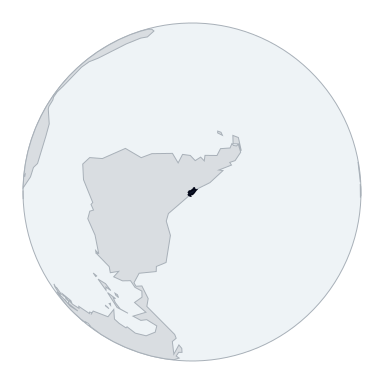 the Earth from above Coquimbo, rotated 224°
{"feature_id": "CHL-2697", "entity_name": "Coquimbo", "entity_type": "Region", "adm_level": 1, "iso_a3": "CHL", "parent_name": "Chile", "parent_adm1": "", "projection": "orthographic", "projection_center": [-70.868, -30.645], "detail": "fine", "context": "on_globe", "style": "filled", "palette": "ink", "viewbox_px": 384, "rotation_deg": 224, "n_neighbors": 0, "source": "natural_earth", "source_scale": "10m", "svg_char_len": 4711}
<svg xmlns="http://www.w3.org/2000/svg" viewBox="0 0 384 384"><g transform="rotate(224 192 192)"><circle cx="192" cy="192" r="169" fill="#eef3f6" stroke="#a8b0b8"/><path d="M158.1,26.5L158.5,26.4L172.9,24.5L172.3,25.0L175.4,25.4L178.2,24.7L176.8,24.2L182.8,23.5L180.4,23.4L181.0,23.4L194.3,23.1L197.0,23.1L199.1,23.2L202.8,23.4L206.8,23.9L218.3,25.8L219.2,26.2L212.3,26.2L200.4,25.3L191.5,27.1L203.2,26.0L205.0,27.8L207.8,28.3L211.1,28.5L212.7,27.9L214.6,28.8L203.7,29.7L201.9,28.9L205.3,28.5L199.8,28.3L192.5,29.8L194.0,31.1L181.4,33.3L182.3,34.4L180.1,35.8L179.5,33.7L180.4,37.7L165.8,43.9L166.7,53.2L159.5,46.7L153.0,46.9L145.1,48.4L145.1,49.9L134.7,51.1L125.1,56.7L121.1,65.6L124.3,71.2L135.9,68.7L139.6,64.1L148.2,61.7L141.6,73.5L156.6,72.6L154.9,81.6L159.2,85.9L166.8,83.8L174.6,85.5L180.3,79.8L189.4,76.6L189.6,84.0L194.7,77.2L199.7,80.8L217.9,81.4L216.5,83.0L231.9,93.7L248.4,100.4L252.2,107.2L250.3,110.6L256.0,112.9L256.1,115.5L278.6,125.5L290.0,136.2L289.5,145.7L279.7,153.8L270.2,177.1L252.4,181.4L247.5,191.7L232.9,206.2L222.2,203.3L224.9,212.5L218.6,217.1L211.5,216.8L210.0,223.1L204.8,222.9L208.1,227.4L199.4,235.6L201.6,243.0L195.2,250.1L196.9,254.5L194.5,254.3L192.0,256.0L191.8,258.5L184.6,254.4L182.8,244.5L185.4,239.5L182.3,238.8L188.0,226.4L184.6,228.9L185.6,211.2L190.6,197.2L194.0,160.1L190.3,153.2L177.4,145.8L161.7,123.3L165.9,113.7L162.5,109.9L173.6,96.8L170.7,86.4L166.8,85.3L162.8,89.6L149.5,84.9L145.0,78.3L105.5,77.5L101.8,75.8L102.3,70.8L92.4,62.7L95.2,72.9L90.7,72.4L87.8,69.7L90.2,67.4L89.4,63.0L85.9,63.6L88.4,58.9L95.7,53.2L107.2,45.8L119.3,39.5L131.9,34.1L144.9,29.7L158.1,26.5ZM165.7,56.9L182.9,61.0L172.9,62.2L174.9,61.1L170.5,59.2L162.4,58.0L153.8,60.3L165.7,56.9ZM173.7,50.5L170.7,50.4L173.7,50.1L173.7,50.5ZM196.5,263.4L185.2,255.9L191.6,259.2L196.0,255.3L201.9,261.1L196.5,263.4ZM209.5,253.9L214.6,252.3L215.8,253.7L212.6,255.1L209.5,253.9ZM314.6,75.7L311.3,72.4L308.5,69.6L314.6,75.7ZM340.0,273.4L340.0,273.1L336.8,278.4L334.0,281.1L331.2,281.4L331.8,272.6L335.8,267.1L342.1,253.0L352.5,223.0L356.5,214.2L358.2,204.9L358.2,179.4L358.5,170.3L357.5,164.1L356.0,161.5L354.4,154.2L353.1,151.9L342.0,141.8L336.0,130.8L322.9,105.2L323.1,99.5L318.7,90.7L316.3,77.5L324.3,86.9L331.7,96.9L338.3,107.4L344.1,118.4L349.1,129.7L353.2,141.4L356.5,153.3L358.9,165.5L360.4,177.8L361.0,190.2L360.6,202.6L359.4,214.9L357.3,227.1L354.2,239.1L350.4,250.9L345.6,262.4L340.0,273.4ZM322.9,86.7L324.4,88.9L324.4,89.0L322.9,86.7ZM218.5,81.3L220.7,83.0L217.8,82.8L218.5,81.3ZM171.5,65.0L175.2,64.8L177.1,65.7L174.2,66.3L171.5,65.0ZM202.5,64.3L206.8,65.1L202.3,65.4L202.5,64.3ZM185.6,61.6L199.1,64.1L190.5,66.0L182.0,64.7L187.9,63.9L185.6,61.6ZM171.8,53.9L174.1,54.2L173.4,55.3L171.8,53.9ZM175.9,50.4L175.0,50.5L173.9,49.8L175.9,50.4ZM205.6,27.8L206.6,27.7L209.9,28.0L208.3,28.2L205.6,27.8ZM224.9,28.6L227.5,30.0L224.5,28.9L222.8,29.2L214.5,27.6L219.1,26.4L218.5,27.0L224.9,28.6ZM204.7,25.7L209.4,26.4L204.0,25.7L204.7,25.7ZM78.3,316.8L77.7,315.9L82.5,320.0L88.7,325.0L93.4,328.9L78.3,316.8ZM67.7,306.4L68.9,307.6L66.9,304.9L76.6,314.7L74.2,312.9L69.8,308.6L68.2,307.0L67.7,306.4Z" fill="#d9dde1" stroke="#a8b0b8" stroke-width="1"/><path d="M194.4,189.3L194.4,189.5L194.4,189.9L194.4,190.0L194.3,190.3L194.5,190.4L194.6,190.5L194.5,190.8L194.5,191.0L194.4,191.1L194.2,191.3L193.8,191.1L193.8,191.3L193.8,191.5L193.7,191.5L193.6,191.8L193.6,192.0L193.5,192.3L193.4,192.3L193.4,192.5L193.3,192.9L193.4,193.0L193.5,193.1L193.4,193.2L193.3,193.3L193.2,193.4L193.2,193.5L193.1,193.4L192.8,193.6L192.8,193.8L192.8,194.0L192.7,194.3L192.7,194.5L192.7,194.8L192.9,195.1L193.0,195.2L193.0,195.3L193.0,195.5L193.3,195.6L193.5,195.7L193.5,195.8L193.5,196.0L193.4,196.1L193.2,196.1L193.3,196.2L193.3,196.3L193.3,196.5L193.2,196.6L192.9,196.5L192.9,196.4L192.7,196.3L192.4,196.1L192.2,196.0L191.8,196.0L191.8,195.9L191.7,196.0L191.3,196.0L191.2,196.0L190.9,196.2L190.7,196.2L190.3,196.6L190.3,196.4L190.4,196.2L190.4,195.9L190.4,195.7L190.4,195.4L190.3,194.8L190.2,194.8L190.2,194.6L190.2,194.4L190.0,193.7L190.0,193.3L190.0,193.1L190.0,192.9L189.9,192.7L189.9,192.4L189.9,192.2L189.9,191.9L189.9,191.7L189.9,191.4L189.9,191.1L190.0,190.8L190.2,191.0L190.3,190.9L190.5,190.6L190.7,190.4L190.7,190.2L190.7,189.9L190.8,189.9L190.9,189.7L190.8,189.3L190.8,189.2L190.9,188.9L190.8,188.7L190.9,188.4L190.8,188.2L190.7,188.0L190.5,187.8L190.4,187.8L190.5,187.7L190.8,187.7L190.9,187.8L191.0,187.8L191.1,188.0L191.3,188.1L191.4,188.3L191.5,188.3L191.6,188.2L191.7,187.8L191.8,187.7L192.2,187.6L192.3,187.6L192.3,187.4L192.5,187.4L192.8,187.5L193.0,188.6L193.1,188.8L193.3,188.9L193.4,189.0L193.5,189.1L193.8,189.3L194.0,189.4L194.3,189.3L194.4,189.3Z" fill="#0f172a" stroke="#020617" stroke-width="1.5"/></g></svg>